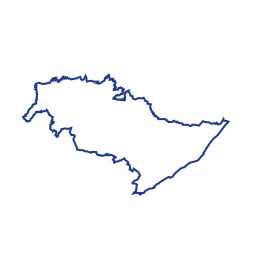 Alto Lucero de Gutiérrez Barrios, Veracruz, Mexico (Equal Earth projection), rotated 75°
{"feature_id": "50627088B6461377547607", "entity_name": "Alto Lucero de Gutiérrez Barrios", "entity_type": "district", "adm_level": 2, "iso_a3": "MEX", "parent_name": "Mexico", "parent_adm1": "Veracruz", "projection": "equal_earth", "projection_center": [-96.611, 19.729], "detail": "fine", "context": "isolated", "style": "outline", "palette": "blue", "viewbox_px": 256, "rotation_deg": 75, "n_neighbors": 0, "source": "geoboundaries", "source_scale": "gbopen_adm2", "svg_char_len": 5848}
<svg xmlns="http://www.w3.org/2000/svg" viewBox="0 0 256 256"><g transform="rotate(75 128 128)"><path d="M192.6,139.7L192.6,137.7L193.4,134.7L194.8,133.6L194.2,133.9L193.7,133.3L194.4,132.1L194.0,131.5L195.3,132.8L194.9,134.6L195.4,133.2L195.3,132.6L194.5,131.3L194.8,129.6L194.4,128.6L193.5,128.4L192.1,122.9L192.5,121.5L192.7,120.3L192.3,119.5L192.6,118.5L192.4,117.9L191.8,118.3L191.3,117.6L189.6,114.2L189.5,112.7L188.6,111.2L186.6,104.6L185.9,101.6L186.1,100.6L186.8,100.4L187.0,99.6L186.5,97.5L183.8,94.0L181.0,88.1L180.4,85.3L180.5,83.7L178.4,79.4L177.6,76.9L177.6,71.3L177.5,69.6L176.7,67.5L174.3,64.6L173.9,63.4L172.7,62.0L172.7,61.5L171.6,61.5L163.7,52.7L160.7,48.6L159.2,45.7L159.1,44.9L157.2,42.0L150.6,33.6L147.9,29.4L146.6,31.1L145.8,33.5L144.1,33.5L147.3,36.7L147.9,37.9L147.7,38.9L148.0,39.4L147.4,40.7L146.9,40.5L145.8,40.9L146.5,42.7L145.8,43.1L145.6,45.6L145.2,46.7L144.7,47.5L143.5,48.2L142.2,52.1L140.8,53.9L144.1,58.9L143.0,60.7L141.6,64.3L141.5,65.1L142.1,65.9L142.2,67.6L140.6,69.0L139.1,74.2L137.7,74.3L136.3,77.6L135.6,77.9L135.2,78.9L134.6,79.1L134.9,79.7L134.2,80.3L134.0,80.9L132.9,81.6L133.2,82.8L133.6,83.2L132.8,87.3L131.8,87.7L131.6,88.4L130.3,88.6L129.8,89.5L129.1,89.6L127.4,96.1L126.6,95.9L126.3,96.7L125.6,96.6L123.7,97.7L123.5,99.2L122.0,98.9L121.5,99.8L120.7,99.4L120.5,100.2L119.5,99.8L118.7,100.7L118.0,100.3L116.5,101.3L115.5,100.9L114.2,101.5L112.9,100.6L111.9,100.7L111.0,99.9L109.6,102.9L107.8,102.2L105.9,104.6L103.9,104.6L102.9,105.0L103.0,106.7L101.8,110.2L102.3,113.7L101.3,115.3L99.4,115.7L98.6,115.3L97.2,117.3L96.6,117.0L94.4,117.4L92.8,118.5L92.1,117.8L92.1,118.5L92.7,119.7L92.6,121.0L93.4,121.1L93.4,121.6L95.6,122.7L97.7,122.8L98.2,124.0L99.8,123.5L100.4,123.9L100.0,125.0L99.3,125.6L99.6,125.6L99.3,127.3L98.3,128.3L98.6,128.7L98.2,129.3L98.2,130.4L97.3,131.2L96.7,132.6L96.7,133.3L96.0,133.9L95.8,134.5L94.8,133.8L94.7,132.2L93.6,131.4L93.4,130.4L93.8,129.7L93.6,129.4L94.0,129.3L94.2,127.7L93.2,126.2L93.5,126.0L93.7,124.7L93.1,123.7L92.1,124.0L91.4,123.5L90.7,123.9L90.4,122.6L89.6,122.0L88.7,123.5L87.8,123.4L87.5,124.9L87.0,125.0L87.3,125.5L87.0,126.0L87.0,126.9L88.4,127.7L87.5,129.9L87.9,130.6L87.4,131.0L87.5,131.9L86.6,131.6L85.5,129.2L84.7,129.3L84.9,129.9L84.6,130.1L83.7,130.0L83.0,130.4L82.5,129.3L80.9,128.2L80.1,129.1L79.5,128.6L79.3,129.2L78.9,129.3L79.1,129.7L78.7,130.4L77.2,129.4L76.7,129.8L76.9,132.0L76.8,132.7L76.5,132.4L76.6,133.1L74.5,132.8L73.9,133.0L73.7,133.6L72.6,132.6L71.7,132.8L73.5,136.7L74.0,136.5L73.7,137.1L73.9,137.4L74.6,137.9L75.3,137.9L76.4,138.9L76.6,140.5L77.6,143.0L77.5,145.0L77.1,145.7L77.1,144.8L75.4,144.7L74.7,148.3L74.2,148.7L74.3,149.7L73.0,150.8L72.5,153.6L72.6,155.6L71.0,155.7L69.0,155.1L66.6,155.5L69.5,157.9L69.9,159.4L69.0,160.8L66.3,160.8L66.4,163.3L66.9,165.2L66.5,166.3L66.4,170.3L65.0,171.6L65.0,172.4L64.3,173.5L64.3,174.7L63.9,174.7L63.3,173.7L63.1,173.8L63.0,174.9L63.7,176.5L61.7,176.9L61.9,178.0L62.5,178.2L62.2,178.3L62.9,178.3L63.8,179.1L63.2,179.9L64.2,180.5L64.0,181.8L64.6,181.6L64.5,182.4L65.4,182.7L65.2,183.7L64.7,183.5L63.5,184.3L62.7,184.3L62.6,185.0L62.1,184.8L62.8,185.7L61.7,185.5L60.8,184.7L60.6,185.0L60.7,187.1L61.3,186.7L62.8,188.0L62.8,188.5L61.2,188.5L62.1,189.8L63.9,191.3L64.3,192.2L63.7,193.2L64.0,195.9L63.5,197.2L63.7,198.5L61.3,202.1L61.3,204.9L61.7,205.3L61.6,205.7L63.1,207.0L63.6,206.7L63.8,206.0L64.3,206.7L64.7,206.5L64.9,206.9L65.3,206.4L66.1,207.6L65.9,206.8L66.7,206.7L66.8,207.1L67.2,206.5L67.5,206.8L69.5,206.7L70.7,207.3L71.8,206.9L73.5,207.9L73.7,207.7L75.5,208.5L76.4,208.4L76.6,209.3L77.5,209.8L78.0,209.5L79.4,210.3L80.5,210.3L80.6,210.7L80.2,211.3L80.8,212.0L81.1,212.9L80.7,213.3L81.2,214.3L83.0,215.3L83.6,217.1L84.8,219.0L86.1,220.2L86.7,220.1L88.3,222.1L88.7,223.4L89.2,223.4L88.9,223.7L89.7,223.9L90.0,224.5L89.9,225.9L90.2,226.6L91.1,226.1L92.1,226.1L92.8,225.2L94.6,224.6L94.9,223.6L95.4,223.8L95.9,223.1L95.5,220.5L94.2,219.9L92.6,217.1L91.9,216.8L90.8,215.2L90.6,214.3L88.7,212.8L88.7,211.7L89.3,211.5L89.4,211.0L89.3,209.4L89.5,208.5L89.0,207.5L89.6,207.4L90.3,208.2L90.5,207.8L90.0,206.7L90.1,205.8L89.9,205.5L90.2,202.6L89.5,201.7L90.8,201.2L92.1,201.4L93.0,200.7L94.4,200.9L94.8,200.4L95.2,200.5L98.0,197.8L98.9,198.6L100.5,198.8L101.3,200.0L102.2,200.3L102.3,200.0L102.5,200.5L103.3,199.5L103.4,200.5L104.0,200.8L103.5,198.6L104.0,198.8L104.9,202.4L106.2,202.3L106.6,202.8L107.5,202.7L108.7,203.4L111.0,201.8L111.4,201.0L111.3,200.6L111.7,200.8L111.4,200.1L111.8,200.1L111.8,199.1L112.1,198.6L113.2,198.2L114.6,198.8L115.9,200.0L117.0,199.1L117.5,199.3L118.1,199.0L118.1,198.1L114.9,196.2L114.7,195.2L114.3,195.1L113.6,193.7L112.3,192.7L112.3,192.1L111.9,192.2L112.1,188.8L113.4,186.3L113.2,182.9L117.4,185.4L120.4,184.3L120.4,183.2L120.8,182.1L122.1,181.4L122.7,182.2L125.1,183.8L134.3,182.4L135.5,182.9L137.2,179.4L137.5,178.0L138.3,176.5L138.9,176.4L139.5,175.4L140.0,173.3L141.0,172.4L141.7,170.8L142.3,170.4L142.3,169.4L141.8,169.3L141.7,168.9L143.0,164.9L144.2,165.0L145.2,164.4L145.8,164.5L146.9,162.9L146.9,161.8L147.7,161.4L148.0,159.8L148.4,159.3L148.2,157.8L148.5,157.4L147.5,155.8L148.5,155.5L148.4,154.3L149.1,154.6L149.3,154.4L149.0,153.3L149.6,152.9L149.4,152.0L149.7,150.9L151.2,149.5L151.5,148.8L152.1,148.7L152.7,147.5L153.4,147.8L153.3,149.3L154.7,150.8L155.5,149.9L157.4,150.5L158.1,150.1L157.2,148.6L157.8,146.4L157.2,144.6L157.6,143.0L157.2,142.6L156.4,139.4L157.8,139.2L161.0,136.8L161.9,137.3L163.0,136.8L163.2,137.6L164.1,136.2L164.6,136.1L166.6,136.1L168.4,137.1L168.5,136.2L169.6,136.2L171.0,134.8L168.8,132.9L171.3,131.3L172.7,129.8L176.4,128.6L177.2,128.7L177.7,130.0L179.1,130.7L180.1,132.1L180.4,132.8L180.6,135.5L181.9,137.0L182.0,137.8L182.6,138.0L184.1,134.6L185.1,134.0L187.2,135.2L188.9,135.4L189.5,136.2L190.1,136.1L191.2,136.8L191.3,137.4L191.6,137.4L191.8,138.8L192.6,139.7Z" fill="none" stroke="#1e3a8a" stroke-width="2"/></g></svg>